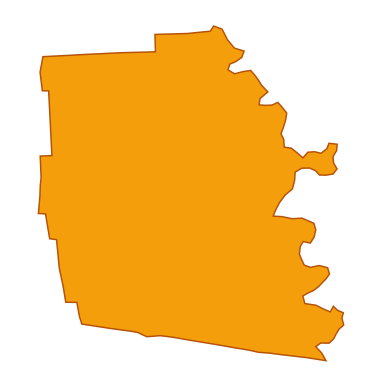 Xavantina, Santa Catarina, Brazil (Albers equal-area conic projection), rotated 91°
{"feature_id": "56859067B40030649265518", "entity_name": "Xavantina", "entity_type": "district", "adm_level": 2, "iso_a3": "BRA", "parent_name": "Brazil", "parent_adm1": "Santa Catarina", "projection": "albers", "projection_center": [-52.319, -27.015], "detail": "fine", "context": "isolated", "style": "filled", "palette": "amber", "viewbox_px": 384, "rotation_deg": 91, "n_neighbors": 0, "source": "geoboundaries", "source_scale": "gbopen_adm2", "svg_char_len": 1732}
<svg xmlns="http://www.w3.org/2000/svg" viewBox="0 0 384 384"><g transform="rotate(91 192 192)"><path d="M74.9,346.0L93.4,343.4L93.4,337.1L158.1,332.7L158.7,344.4L180.4,343.1L187.7,343.8L199.0,344.0L216.2,345.2L216.4,338.1L241.2,333.5L242.0,326.6L270.2,323.4L289.4,319.0L304.4,316.3L304.4,305.2L318.4,302.4L326.0,299.8L330.0,270.1L332.3,250.4L333.3,244.1L337.5,234.6L336.2,221.3L337.3,210.6L338.4,202.7L339.9,193.9L341.7,181.5L344.1,165.1L345.2,158.1L347.1,146.2L348.2,138.3L349.5,130.4L351.1,122.8L351.8,111.3L353.2,98.7L355.6,74.3L358.3,55.1L350.6,59.6L344.5,65.6L340.8,60.8L340.7,52.2L336.2,47.7L331.2,45.3L326.3,42.4L322.4,38.0L315.4,39.9L310.1,38.6L307.8,44.3L303.8,48.7L309.5,51.7L306.7,58.5L303.0,66.2L301.6,77.2L294.0,79.4L290.9,74.1L288.1,68.4L284.2,63.6L280.2,60.0L276.3,56.3L271.6,53.1L265.3,55.1L263.3,63.6L265.3,72.1L263.2,78.5L258.1,81.0L252.3,83.5L244.9,82.9L239.6,80.0L241.0,72.8L235.1,69.2L227.7,67.6L221.2,69.6L216.2,81.6L217.0,91.1L215.1,101.3L214.7,110.4L207.9,107.8L200.7,104.1L193.3,98.7L187.2,91.7L178.7,89.6L170.3,89.2L166.3,82.6L166.0,74.9L168.5,68.9L172.8,64.8L172.8,58.2L171.6,51.3L166.3,47.4L160.7,50.9L154.1,51.6L148.0,48.1L141.7,47.7L140.9,55.9L146.3,57.9L151.0,63.6L149.6,70.2L150.2,76.9L155.9,81.6L151.0,87.6L146.5,93.3L145.5,100.6L137.9,101.2L132.2,104.0L126.2,101.9L118.7,99.7L111.4,98.7L105.5,103.5L100.9,107.8L103.7,113.5L104.1,120.2L103.7,126.4L97.3,125.6L90.6,117.9L84.0,124.4L79.2,127.4L74.4,131.0L69.4,135.5L70.8,143.3L73.1,151.5L69.2,158.1L63.5,156.5L61.1,150.9L56.6,144.6L50.2,142.4L47.4,152.1L39.3,159.1L28.6,164.8L25.7,173.3L30.9,176.5L33.6,199.3L35.1,231.8L52.5,231.0L54.0,265.7L56.7,306.7L57.4,315.6L59.3,343.4L74.9,346.0Z" fill="#f59e0b" stroke="#b45309" stroke-width="1.5"/></g></svg>